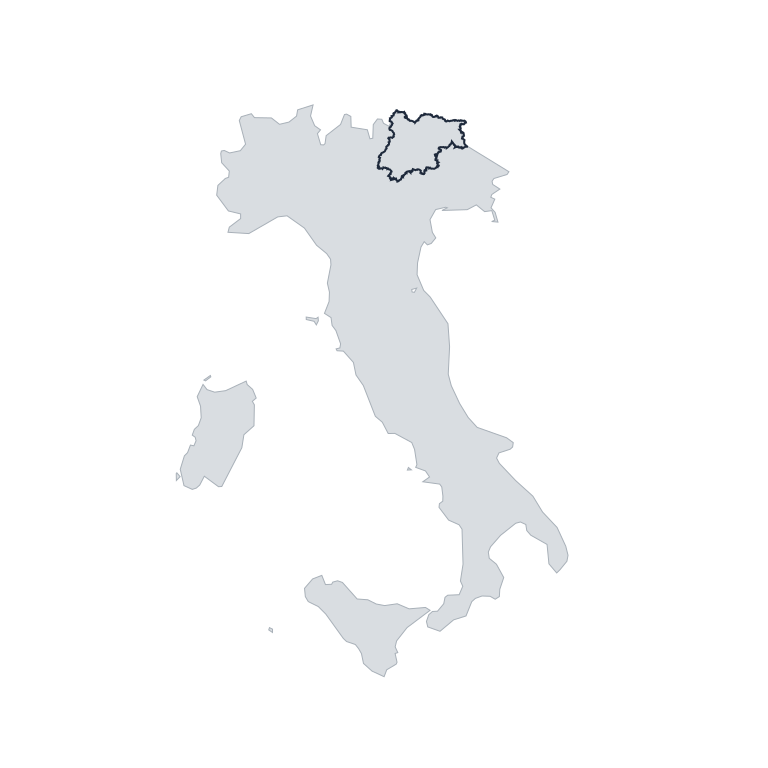 Trentino-Alto Adige, Bozen, Italy shown in context, rotated 20°
{"feature_id": "23120603B10307341449000", "entity_name": "Trentino-Alto Adige", "entity_type": "district", "adm_level": 2, "iso_a3": "ITA", "parent_name": "Italy", "parent_adm1": "Bozen", "projection": "mercator", "projection_center": [11.286, 46.382], "detail": "fine", "context": "in_parent", "style": "outline", "palette": "slate", "viewbox_px": 768, "rotation_deg": 20, "n_neighbors": 0, "source": "geoboundaries", "source_scale": "gbopen_adm2", "svg_char_len": 9751}
<svg xmlns="http://www.w3.org/2000/svg" viewBox="0 0 768 768"><g transform="rotate(20 384 384)"><path d="M166.9,175.4L171.2,178.0L187.2,172.5L197.0,175.7L205.1,170.4L210.2,162.2L209.1,155.9L221.9,146.0L223.3,157.3L230.5,165.0L237.4,166.9L235.8,171.5L242.7,180.8L245.5,180.0L246.4,178.3L244.7,170.4L254.4,155.0L254.7,144.3L256.5,143.2L261.3,143.9L265.3,153.9L281.4,150.8L286.9,158.4L289.4,156.9L285.2,143.9L287.2,137.2L291.4,136.0L294.4,139.2L300.6,140.1L300.9,136.1L299.3,133.5L301.5,122.0L310.8,123.1L316.2,127.2L322.7,127.1L328.2,118.0L332.5,115.7L353.4,115.1L368.8,109.6L370.1,110.8L367.3,115.2L368.2,118.0L377.4,131.3L428.8,141.8L428.0,145.0L417.0,153.3L416.2,156.5L417.9,159.3L426.2,161.2L420.5,169.0L420.5,172.0L424.9,172.4L424.3,181.8L429.7,184.7L435.7,192.9L429.6,194.5L432.1,192.2L426.0,184.2L419.6,187.6L409.5,184.1L402.6,191.7L379.1,201.1L383.2,196.8L381.5,196.8L372.9,202.4L371.0,213.8L377.6,225.0L382.7,229.0L380.3,235.8L377.2,238.4L373.1,236.5L371.9,242.6L374.1,258.7L377.7,270.0L389.3,282.5L397.7,286.5L423.5,305.5L432.9,326.6L441.0,352.8L447.8,362.6L461.8,376.5L474.6,386.7L486.4,392.9L517.6,392.6L525.5,394.9L526.4,399.2L524.9,402.1L515.6,409.4L515.1,415.1L519.5,419.1L540.7,429.7L562.3,438.5L576.8,450.1L595.7,459.6L610.3,474.3L615.5,482.0L616.5,488.0L612.9,498.3L610.9,502.5L600.5,496.6L592.1,479.0L573.7,475.9L568.3,472.9L565.3,467.5L559.4,467.0L555.4,469.8L545.3,486.3L539.8,500.5L539.5,506.2L542.5,511.8L551.3,514.9L562.7,524.9L563.0,537.3L565.1,544.3L562.1,548.2L556.3,547.2L548.6,549.7L543.2,554.2L540.9,558.5L540.4,573.9L530.1,581.8L521.2,597.2L508.2,597.3L505.1,592.6L505.0,585.5L507.3,581.2L512.0,579.2L515.3,570.1L514.3,563.6L516.1,560.7L526.7,556.3L527.2,547.1L523.2,543.0L519.9,526.3L507.0,493.8L502.7,490.6L491.3,489.8L477.9,481.1L477.0,477.5L479.3,474.0L477.7,469.2L473.5,461.0L470.6,459.0L453.9,462.6L458.6,455.8L452.7,451.5L442.3,451.5L442.5,448.5L435.1,435.0L430.1,429.5L411.1,426.7L404.9,429.1L395.5,420.5L386.9,417.3L365.1,392.5L354.6,385.1L347.9,374.2L334.6,367.0L328.5,368.8L327.0,367.4L330.2,365.2L329.5,361.1L320.5,350.2L315.2,346.7L311.5,339.7L303.9,338.0L304.2,325.3L301.3,316.3L296.3,308.6L293.4,290.2L291.1,285.0L285.6,281.1L273.2,276.7L255.9,264.7L235.4,259.1L227.0,263.3L205.5,288.9L185.5,294.8L185.0,289.5L192.7,277.6L191.1,273.2L178.6,274.6L162.2,263.8L160.0,254.2L164.6,245.1L167.3,242.9L165.8,236.8L155.8,231.6L151.8,223.4L151.5,220.7L154.0,219.2L159.9,219.7L169.2,213.9L171.9,206.0L157.9,185.9L158.4,181.7L166.9,175.4ZM381.2,287.5L381.9,282.7L377.7,285.7L378.9,287.9L381.2,287.5ZM504.7,580.9L489.0,605.0L483.7,621.1L484.4,627.2L488.8,631.7L486.6,633.4L491.4,641.0L491.3,643.0L484.3,651.6L484.2,659.0L471.0,657.9L460.3,653.6L455.0,645.0L450.7,641.4L446.2,638.6L436.9,638.8L432.8,637.0L408.0,620.1L398.4,615.6L387.3,614.4L382.8,610.7L379.2,603.2L383.6,591.6L391.0,585.1L397.6,592.5L403.3,590.1L403.6,587.7L407.7,584.8L412.8,584.7L432.3,595.2L442.6,592.3L451.9,593.4L460.4,592.0L471.6,586.0L484.5,586.7L499.4,579.8L504.7,580.9ZM269.3,447.9L276.1,467.7L269.7,479.6L272.2,492.5L266.6,535.8L263.6,537.1L246.7,532.1L245.4,542.0L243.2,546.0L239.9,548.6L230.8,547.9L221.7,533.8L221.0,519.8L222.9,515.7L223.0,507.6L226.5,507.1L226.8,501.6L224.8,498.6L221.3,497.6L221.3,491.4L223.8,486.6L223.8,478.3L219.2,467.6L212.8,459.8L214.1,446.3L219.6,449.8L227.7,449.6L237.5,444.4L253.5,428.4L255.6,431.3L262.4,434.0L268.7,440.9L266.2,445.3L269.3,447.9ZM299.2,343.8L300.7,347.1L300.2,351.6L296.9,349.0L288.9,350.0L288.0,347.7L297.8,345.8L299.2,343.8ZM224.1,540.8L221.9,545.7L219.4,539.2L219.7,538.3L224.1,540.8ZM218.8,436.5L215.2,442.1L213.4,441.9L217.9,435.4L218.8,436.5ZM364.2,655.6L359.8,654.5L359.7,652.1L363.1,652.5L364.2,655.6ZM439.1,455.3L435.4,456.9L435.5,454.1L439.1,455.3Z" fill="#d9dde1" stroke="#a8b0b8" stroke-width="1"/><path d="M316.1,180.4L318.4,181.6L318.5,181.9L318.1,182.3L318.0,183.2L318.4,184.0L318.1,184.1L318.1,184.5L317.7,184.5L317.6,185.7L317.1,186.1L316.8,187.1L318.3,187.2L318.9,187.6L319.7,187.9L320.1,188.2L319.5,188.8L320.5,189.6L320.8,189.6L321.0,189.0L321.5,188.9L321.9,188.0L322.0,188.4L321.7,189.3L322.6,188.7L322.5,188.4L322.9,188.2L322.7,187.7L323.3,187.6L323.4,187.1L323.6,187.1L323.6,187.8L324.6,187.8L325.2,187.1L325.5,187.7L326.6,188.6L327.4,188.3L327.8,188.4L327.8,188.8L328.4,188.3L328.4,187.6L328.7,187.2L330.0,186.0L329.8,185.4L330.0,184.5L329.8,183.3L330.4,183.6L331.0,183.4L330.5,182.9L330.8,182.5L330.4,182.4L330.4,181.8L330.9,181.0L331.5,180.7L331.7,179.8L332.3,179.4L332.5,178.2L332.2,178.0L332.6,177.7L333.0,177.8L332.7,176.9L333.1,176.7L333.3,175.9L333.1,175.7L333.6,176.0L333.8,175.8L334.9,175.9L334.7,175.1L334.7,174.8L334.9,175.4L335.2,175.2L335.5,175.8L336.7,176.4L336.5,175.7L337.0,175.5L337.0,174.4L337.9,174.5L338.0,174.0L337.6,172.8L337.6,172.2L340.5,172.3L341.3,171.4L341.9,171.4L342.1,170.8L342.6,170.6L344.1,170.5L345.6,170.9L346.0,173.0L346.4,172.8L346.9,173.2L347.3,172.9L347.7,173.0L347.6,173.5L349.4,173.3L349.8,173.0L349.8,172.2L350.0,171.9L349.5,171.2L349.4,170.7L349.1,170.3L349.7,169.7L349.3,169.6L349.1,169.1L349.6,168.7L350.7,168.7L350.6,168.1L349.9,167.5L349.7,166.9L349.8,166.0L350.5,166.1L351.1,165.4L352.0,165.3L352.4,165.3L352.7,165.9L353.3,165.2L353.5,165.5L354.9,165.5L355.1,165.2L357.6,164.6L358.4,163.7L359.1,162.8L359.0,162.5L359.4,161.8L359.4,161.3L360.2,161.6L360.2,161.0L360.7,160.6L360.7,160.0L359.8,160.0L359.2,159.0L358.6,158.6L359.4,157.2L359.1,157.2L358.4,156.8L357.9,157.0L357.7,156.5L357.8,155.8L357.7,155.5L356.8,155.9L355.8,156.0L355.4,155.1L356.0,153.9L355.6,153.5L355.6,152.9L354.4,152.4L354.4,151.8L353.6,151.5L353.3,151.0L354.0,150.4L354.4,150.6L354.9,150.4L355.1,149.9L355.7,150.6L355.6,149.3L355.7,148.6L356.0,148.0L355.8,147.7L356.2,147.3L356.3,146.7L357.1,146.7L357.8,146.2L357.7,144.9L357.4,144.5L354.9,144.2L354.7,143.8L354.9,142.9L356.2,142.0L357.8,141.6L358.7,141.0L360.0,141.2L360.2,140.7L360.8,140.4L361.7,140.3L362.1,141.0L363.2,139.4L363.5,138.5L364.0,138.1L364.1,137.2L363.9,136.8L364.2,136.6L364.2,136.2L364.7,136.0L364.9,134.9L365.1,134.8L364.8,134.2L365.0,133.8L364.8,132.9L366.3,133.8L367.2,134.6L367.6,134.7L367.9,135.3L368.5,135.1L368.9,135.3L369.3,136.0L369.8,136.0L369.7,137.5L370.5,136.7L371.7,136.3L371.8,135.8L372.4,135.5L372.8,136.0L373.3,136.2L374.1,136.1L374.6,135.8L374.6,135.5L375.3,135.6L375.5,135.3L375.8,135.8L376.3,136.1L377.3,135.9L377.5,135.6L377.0,135.1L377.1,134.8L378.1,134.7L379.2,133.3L380.9,132.6L380.8,132.3L379.5,132.2L378.9,131.5L378.4,131.5L377.2,130.5L376.6,129.2L376.2,127.2L374.3,126.6L373.3,126.7L373.2,126.2L373.6,125.6L373.2,124.9L374.2,123.8L374.2,123.4L373.8,123.3L373.5,122.5L373.6,122.0L373.0,121.6L373.1,121.3L372.9,120.9L371.7,120.5L371.3,121.2L370.9,121.2L370.6,121.5L370.0,120.8L370.0,120.2L369.6,119.7L368.8,119.4L368.5,119.6L367.8,119.2L368.2,119.0L368.8,117.9L368.4,117.1L367.6,116.8L367.3,116.4L367.5,116.3L367.6,115.3L367.2,115.1L367.3,114.7L366.9,113.9L367.9,112.9L368.6,113.2L369.2,112.8L370.2,112.7L370.7,111.7L370.7,110.9L371.6,110.3L371.0,109.5L369.5,109.0L368.5,109.6L367.5,109.7L366.8,110.1L366.0,109.8L365.4,110.3L365.2,110.9L363.9,110.8L363.0,111.6L361.3,111.4L360.9,112.0L360.4,111.8L360.1,112.4L359.5,112.1L358.8,112.4L357.9,113.3L356.7,113.8L355.7,114.7L353.6,114.7L353.0,115.9L352.3,116.1L351.5,115.9L350.8,114.7L350.0,114.6L349.0,114.8L347.9,114.1L347.6,113.6L346.0,114.0L345.7,114.2L345.7,114.5L344.1,115.2L343.1,114.0L341.8,113.7L341.4,114.1L341.4,114.6L340.7,114.7L340.3,115.6L338.8,116.3L337.9,116.0L337.0,114.8L336.5,114.8L336.2,115.2L335.5,114.7L335.1,115.2L334.4,115.1L333.3,115.4L333.0,115.8L331.6,116.1L331.1,116.4L330.6,116.0L329.9,116.4L329.4,116.3L329.3,117.2L329.6,117.5L329.4,117.7L328.4,118.5L327.5,118.3L327.3,118.5L327.2,119.1L326.7,119.3L326.8,120.5L325.8,122.7L325.9,123.3L325.7,123.6L326.0,123.8L326.2,124.5L325.2,125.3L324.5,125.5L324.3,126.2L323.8,127.8L323.5,127.4L322.4,127.6L322.0,127.3L319.9,127.2L318.4,127.9L317.8,127.7L317.7,127.4L317.2,127.2L316.7,126.8L316.4,126.9L316.1,127.3L315.7,127.2L314.6,126.0L313.5,126.6L312.4,126.5L312.2,125.9L313.0,125.5L313.2,124.9L313.7,124.4L313.3,123.9L312.1,123.6L311.8,123.1L310.9,122.8L311.1,122.2L310.1,121.7L309.9,121.4L309.4,121.9L307.1,122.5L306.9,122.9L305.2,123.6L305.5,123.0L304.2,123.2L303.1,123.0L303.2,122.8L302.6,122.4L302.2,122.6L302.2,123.0L302.0,123.4L302.0,123.7L301.7,124.0L301.7,124.8L301.4,125.5L300.6,126.0L300.3,126.5L301.1,127.4L301.1,128.5L299.5,129.6L300.2,130.4L300.0,131.0L299.6,131.2L299.2,132.1L298.7,132.3L299.1,133.1L299.1,134.0L299.5,135.1L301.2,134.9L303.0,136.3L302.7,136.9L302.8,137.3L302.7,137.6L302.9,137.8L302.7,138.5L302.4,139.1L302.5,139.6L302.3,140.4L301.8,140.6L301.5,141.1L301.7,142.3L302.4,143.2L302.7,143.3L303.1,143.0L305.3,143.3L306.4,144.4L307.3,144.7L308.1,145.9L307.9,146.1L308.0,147.7L308.2,148.1L308.5,148.1L308.5,148.5L307.6,149.4L307.6,149.8L306.0,149.9L305.0,150.6L305.1,150.9L304.9,151.2L304.1,151.1L304.0,151.7L305.9,152.8L305.9,153.5L306.5,154.3L305.7,155.2L306.3,155.7L306.7,157.4L306.0,158.0L306.1,158.7L305.3,159.6L305.0,160.5L305.9,161.8L305.6,162.2L305.5,162.8L305.2,163.1L305.3,163.5L305.3,164.6L305.0,165.4L304.2,166.3L304.0,166.7L303.0,167.5L302.6,168.1L302.5,168.4L302.8,168.7L302.8,169.9L302.2,170.1L301.7,170.7L301.5,171.8L301.5,172.6L302.5,172.9L302.9,172.9L302.8,174.4L303.0,174.5L303.0,175.0L303.6,175.5L303.7,175.8L303.7,176.6L303.1,176.9L303.2,177.3L303.0,177.6L303.0,177.9L303.5,178.3L303.4,179.2L303.7,180.2L303.4,180.8L303.7,181.2L304.5,181.0L305.0,181.5L304.4,182.2L304.7,182.4L304.5,182.7L304.8,183.0L304.6,183.2L305.3,183.5L306.5,183.2L306.7,182.7L307.7,182.2L308.7,182.2L309.0,182.4L309.3,181.5L309.5,181.3L309.4,180.7L310.2,180.8L311.2,180.2L311.6,180.5L312.6,180.1L313.2,180.5L313.4,180.8L313.7,180.3L314.1,180.1L314.8,180.7L316.1,180.4Z" fill="none" stroke="#1e293b" stroke-width="2"/></g></svg>